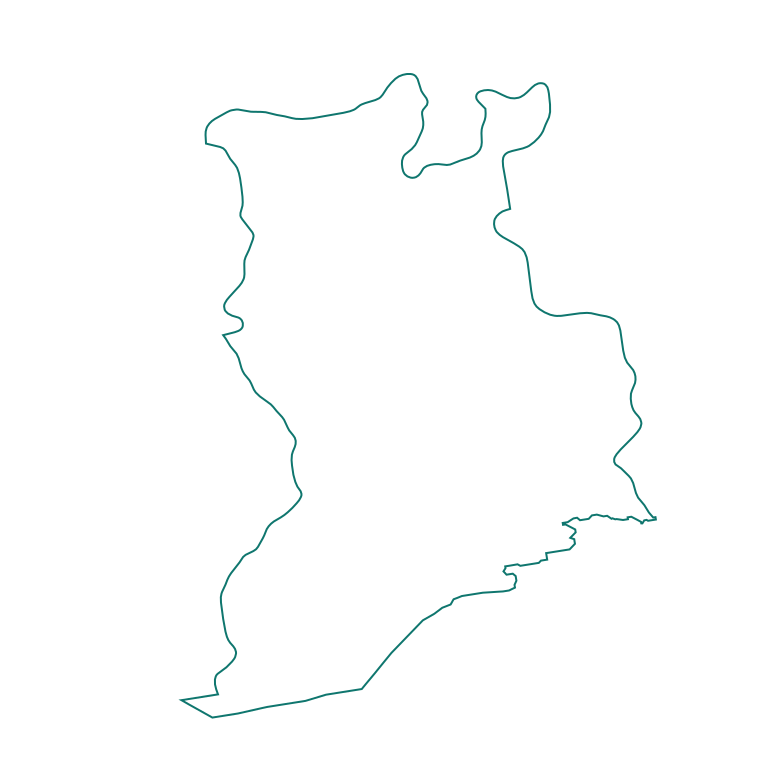 Dajabón, Dajabón, Dominican Republic (Equal Earth projection), rotated 261°
{"feature_id": "3306468B69873779257439", "entity_name": "Dajabón", "entity_type": "district", "adm_level": 2, "iso_a3": "DOM", "parent_name": "Dominican Republic", "parent_adm1": "Dajabón", "projection": "equal_earth", "projection_center": [-71.604, 19.566], "detail": "fine", "context": "isolated", "style": "outline", "palette": "teal", "viewbox_px": 768, "rotation_deg": 261, "n_neighbors": 0, "source": "geoboundaries", "source_scale": "gbopen_adm2", "svg_char_len": 5696}
<svg xmlns="http://www.w3.org/2000/svg" viewBox="0 0 768 768"><g transform="rotate(261 384 384)"><path d="M657.7,355.0L658.5,344.7L659.7,338.4L661.0,334.7L663.9,327.8L666.5,320.2L670.9,309.7L671.9,305.6L673.7,295.3L677.9,282.9L678.2,280.9L678.2,276.7L678.0,274.7L676.9,271.0L672.3,258.6L670.6,255.1L668.5,252.2L665.9,249.7L664.5,248.8L661.3,247.4L657.9,246.7L649.3,245.8L643.7,259.3L641.9,262.1L639.3,264.0L630.5,267.3L623.6,271.3L620.4,272.7L615.1,273.7L609.6,274.0L600.3,273.9L591.0,273.5L585.6,272.9L582.2,272.1L575.4,269.0L572.7,268.5L571.4,268.7L568.8,269.8L554.2,277.8L551.5,278.4L550.1,278.2L547.5,277.2L537.7,271.7L530.9,267.1L527.9,265.6L524.5,264.8L514.4,263.4L511.1,262.5L509.5,261.7L506.3,259.4L503.5,256.5L494.3,245.0L491.6,241.9L488.7,239.5L487.1,238.6L485.5,238.2L482.2,238.3L480.7,238.9L478.1,240.8L475.2,244.7L472.5,250.4L471.6,251.7L470.4,252.7L469.1,253.5L466.3,254.1L463.4,253.6L462.0,252.9L460.8,251.7L459.8,250.1L459.2,248.4L458.5,244.7L457.4,232.8L453.3,234.9L445.4,238.1L437.0,243.1L432.1,244.5L421.9,245.7L418.6,246.5L415.5,247.7L408.5,251.8L405.3,252.9L398.8,254.6L395.7,256.0L391.2,259.4L381.6,269.0L378.7,271.0L374.2,273.6L367.3,278.2L364.3,279.7L356.2,282.0L353.0,283.1L347.6,286.2L344.8,287.5L341.6,287.9L338.5,287.3L335.7,286.0L331.7,283.5L328.6,282.0L323.3,280.8L317.8,280.4L308.5,280.3L301.2,281.1L296.2,282.4L291.1,284.9L288.4,285.3L286.8,285.0L285.3,284.2L282.5,282.0L279.9,279.1L276.0,274.2L272.4,268.9L270.2,265.1L268.4,261.2L265.5,253.8L263.7,250.6L261.5,247.8L259.0,245.5L253.2,242.0L250.5,240.1L242.9,234.1L240.8,231.8L239.4,228.8L236.9,220.6L235.2,217.8L230.4,213.4L221.1,203.4L218.2,200.8L215.2,198.7L210.7,196.1L203.9,191.5L202.4,190.7L199.0,189.5L193.7,188.8L177.1,188.4L164.2,188.7L158.9,189.3L155.4,190.2L152.4,191.6L148.5,194.1L145.7,195.4L142.5,195.9L140.9,195.7L137.7,194.3L136.2,193.2L133.6,190.5L128.9,184.1L123.8,174.4L122.8,173.1L121.5,172.1L118.6,170.8L113.8,170.1L108.7,170.5L103.4,171.5L103.4,134.5L97.7,141.6L81.4,162.3L81.4,165.7L81.4,188.2L83.0,212.9L83.3,218.2L83.3,223.4L83.3,256.9L86.2,278.1L86.2,301.8L86.2,312.1L86.2,314.3L90.4,319.0L99.4,329.3L108.3,339.2L117.2,349.2L144.5,385.4L149.2,397.8L153.9,406.6L154.1,407.6L155.8,415.3L158.0,417.1L159.2,418.0L160.5,419.1L161.3,423.1L162.1,426.5L162.4,427.8L162.4,439.8L162.4,449.0L161.8,455.3L160.8,466.1L160.5,469.0L160.5,475.3L161.3,477.8L162.4,481.5L165.2,481.5L169.0,484.0L173.7,484.0L175.5,482.4L176.5,481.5L176.5,475.2L176.9,474.9L178.2,474.1L180.2,472.7L183.1,475.2L184.9,475.2L184.9,479.7L185.0,487.7L183.1,490.2L183.1,502.1L183.1,505.8L183.1,508.9L184.3,510.5L185.0,511.4L185.0,517.7L185.7,517.7L186.6,517.7L191.6,517.7L191.6,539.7L191.6,541.0L191.6,541.4L192.1,542.1L196.3,547.6L201.0,547.6L202.7,544.2L202.9,543.9L207.5,550.1L210.4,550.1L212.2,547.7L216.9,541.3L216.9,538.8L218.8,538.8L218.8,543.8L220.6,547.8L221.6,550.1L221.7,553.8L218.8,556.3L218.8,565.1L221.7,568.8L221.7,573.8L218.9,580.1L218.9,583.8L216.2,586.7L215.3,587.6L215.6,588.6L214.2,591.2L214.2,591.9L214.2,592.6L212.3,598.8L212.3,603.8L214.2,603.8L214.2,607.5L210.0,613.2L207.6,616.3L206.1,616.3L205.9,617.4L208.6,619.7L208.7,622.1L207.6,623.4L207.6,631.3L210.0,631.3L210.0,629.0L215.7,625.5L223.6,622.2L232.0,617.2L236.9,615.8L247.2,614.6L252.1,613.1L254.9,611.4L263.7,604.9L268.3,600.1L271.0,599.2L273.9,599.6L275.5,600.4L278.3,602.8L282.3,607.5L292.8,621.8L296.8,626.7L299.7,629.5L301.2,630.6L304.5,632.0L306.1,632.1L309.3,631.6L312.0,630.3L316.0,627.8L318.9,626.4L322.2,625.6L325.6,625.2L330.8,625.4L335.8,626.4L338.8,627.9L345.7,632.1L348.9,633.1L352.3,633.5L355.6,633.2L358.8,632.3L367.1,627.5L372.3,626.0L379.5,625.5L399.8,625.8L405.1,625.2L408.5,623.9L411.2,621.8L412.4,620.5L414.5,617.5L416.1,614.1L418.0,608.5L421.5,599.7L422.5,595.6L423.2,588.7L423.6,569.8L424.2,565.3L424.8,563.0L426.4,559.0L429.7,553.8L433.6,549.3L436.6,546.8L439.9,545.2L445.3,544.1L452.8,544.0L481.3,544.9L486.8,544.7L492.2,543.5L495.6,541.7L498.5,539.1L502.6,534.4L510.4,524.5L513.2,521.6L516.4,519.2L518.0,518.5L521.3,517.7L524.7,517.7L528.0,518.5L529.6,519.3L532.2,521.6L534.3,524.6L535.9,528.0L536.7,532.0L537.2,536.0L556.9,536.1L580.3,535.7L585.7,536.2L589.0,537.2L590.5,538.2L591.8,539.5L592.8,541.2L593.5,543.1L594.1,547.1L595.0,558.1L595.9,562.6L596.6,564.7L599.5,570.2L603.1,575.2L605.8,578.1L608.8,580.6L614.8,584.1L621.7,588.7L626.7,590.6L634.0,591.7L645.0,592.3L648.4,592.2L651.5,591.8L654.3,590.3L655.6,588.9L656.3,587.2L656.7,585.3L656.7,583.4L655.7,579.9L653.9,576.8L649.6,570.7L647.6,567.4L646.1,563.7L645.7,561.7L645.7,557.6L646.6,553.7L648.2,550.4L651.1,546.0L655.3,540.0L657.0,536.6L657.6,534.6L658.1,532.7L658.4,528.8L658.0,525.0L657.4,523.2L656.3,521.6L654.9,520.5L653.5,520.0L652.0,519.9L650.5,520.2L648.0,521.5L640.0,527.2L635.3,526.7L632.0,526.0L628.9,524.8L623.3,521.6L620.1,520.3L616.5,519.5L607.4,518.4L603.8,517.4L600.7,515.6L599.4,514.4L597.1,511.6L595.4,508.2L594.2,504.2L592.7,494.1L590.4,483.7L590.5,480.3L592.7,472.1L593.2,468.3L593.2,464.4L592.7,460.7L591.4,457.6L590.5,456.4L586.4,452.9L584.6,450.7L583.3,447.9L583.1,446.1L583.2,444.2L583.7,442.5L585.4,439.6L587.9,437.4L589.5,436.7L591.2,436.2L594.8,435.9L598.4,436.1L601.8,436.8L605.0,438.4L606.4,439.5L607.5,440.8L611.7,448.1L615.0,452.1L617.6,454.2L627.5,460.7L630.4,462.3L633.6,463.3L636.9,463.8L644.3,463.8L646.7,464.2L648.7,465.4L652.9,470.1L655.4,471.1L656.8,471.2L659.5,470.6L664.8,467.9L667.8,466.7L679.9,464.9L683.0,463.5L684.4,462.2L685.4,460.6L686.0,458.8L686.6,454.9L686.4,450.9L685.5,446.8L683.7,443.0L680.2,438.1L676.3,433.7L669.9,427.9L667.8,425.4L666.9,423.7L665.8,419.8L664.4,409.4L663.6,405.6L663.0,403.9L660.1,398.6L659.5,396.9L658.7,393.0L658.2,386.4L657.7,355.0Z" fill="none" stroke="#0f766e" stroke-width="2"/></g></svg>